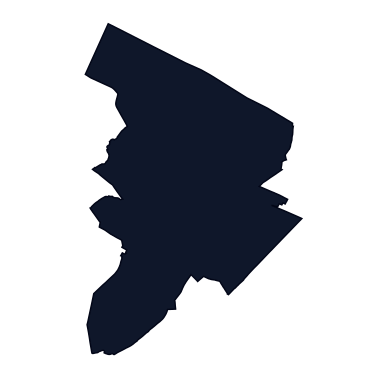 outline of San José Chiapa, Puebla, Mexico, rotated 272°
{"feature_id": "50627088B16531024966983", "entity_name": "San José Chiapa", "entity_type": "district", "adm_level": 2, "iso_a3": "MEX", "parent_name": "Mexico", "parent_adm1": "Puebla", "projection": "robinson", "projection_center": [-97.747, 19.248], "detail": "fine", "context": "isolated", "style": "filled", "palette": "ink", "viewbox_px": 384, "rotation_deg": 272, "n_neighbors": 0, "source": "geoboundaries", "source_scale": "gbopen_adm2", "svg_char_len": 5765}
<svg xmlns="http://www.w3.org/2000/svg" viewBox="0 0 384 384"><g transform="rotate(272 192 192)"><path d="M90.7,232.0L91.1,232.4L92.3,233.5L94.9,235.8L97.0,237.7L97.5,238.4L97.5,238.5L99.9,240.6L100.3,241.1L101.7,242.3L104.1,244.8L105.8,246.5L107.4,247.4L108.1,248.1L109.3,249.1L110.6,250.2L111.7,251.0L118.0,256.5L121.3,259.6L134.5,271.3L137.4,274.0L140.9,277.1L164.8,298.6L169.3,302.7L169.5,302.3L171.8,296.6L173.7,291.8L176.0,286.0L178.1,280.5L181.5,271.8L181.3,272.8L181.3,273.3L181.3,273.7L181.2,273.9L180.8,275.3L180.5,276.1L180.6,278.3L183.3,279.6L182.8,280.9L182.3,282.2L184.3,283.2L183.8,284.4L183.3,285.5L185.8,286.7L185.8,286.8L188.0,287.8L188.4,286.9L188.7,286.3L189.2,285.2L189.7,284.1L190.2,283.2L191.0,281.5L191.6,280.2L191.9,279.6L192.6,277.8L193.1,276.6L193.6,275.2L194.1,274.1L194.7,272.4L195.3,270.8L197.1,266.2L197.8,264.4L198.6,262.4L198.9,261.6L199.9,259.0L202.2,261.1L203.7,262.4L204.4,263.4L205.7,265.3L206.9,266.9L207.9,268.2L209.0,269.6L211.5,273.1L213.3,275.6L213.5,275.8L217.5,281.2L218.1,280.1L221.7,280.6L222.6,280.7L224.3,280.8L224.8,280.3L226.5,282.5L226.7,283.0L227.5,285.2L228.6,284.7L231.9,283.9L232.8,284.1L233.4,284.4L235.6,286.0L237.0,286.8L238.1,287.7L238.8,288.0L239.7,288.3L240.5,288.6L241.0,288.7L243.5,289.0L243.9,289.0L244.1,289.1L244.4,289.3L244.7,289.3L245.3,289.5L245.6,289.6L246.0,289.6L246.3,289.6L246.5,289.7L246.6,289.8L246.9,289.9L247.3,289.9L248.1,290.0L249.1,290.0L250.0,290.0L250.5,290.1L252.0,290.2L252.5,290.5L254.6,290.6L258.0,290.6L260.5,290.8L261.1,290.9L261.0,290.5L261.3,290.0L264.2,290.1L273.9,272.6L276.5,267.9L278.3,264.7L279.7,261.7L287.9,243.7L294.3,232.6L299.0,224.5L303.1,217.4L305.7,212.9L307.4,210.0L309.8,205.7L314.3,197.0L320.9,180.7L335.1,150.0L335.5,149.1L354.1,109.2L357.2,102.4L316.1,85.5L308.5,82.4L306.1,81.4L305.8,81.3L305.0,82.8L304.0,84.4L302.5,87.0L296.3,101.9L294.9,105.3L294.4,106.5L293.7,108.1L292.8,109.5L291.6,110.9L289.5,112.9L288.2,114.1L287.8,114.3L287.5,114.5L287.1,114.5L286.6,114.4L285.9,114.3L284.4,114.0L283.2,113.7L281.5,113.3L279.3,112.9L278.1,112.8L277.4,112.8L276.6,112.9L275.8,113.1L275.2,113.3L274.6,113.6L273.6,114.1L272.0,115.1L266.2,118.6L262.8,120.7L257.7,123.8L255.3,125.1L253.4,122.6L253.2,122.7L252.1,121.4L251.1,120.4L250.4,119.6L244.4,115.5L244.2,115.8L243.9,115.7L243.7,115.4L243.2,115.1L242.6,114.6L242.4,114.2L241.8,113.0L241.7,112.8L241.5,112.7L241.5,112.4L242.0,111.4L242.0,110.8L241.8,110.2L241.4,109.6L240.9,109.1L240.9,108.9L240.7,108.8L240.2,108.7L239.9,108.4L239.7,108.0L239.5,107.8L239.1,107.9L238.7,108.1L238.3,108.1L237.9,108.0L237.7,107.9L237.0,108.0L236.5,107.8L236.0,107.4L235.7,106.8L234.9,105.8L234.1,105.4L233.5,105.6L232.6,106.1L231.5,106.4L231.3,105.8L231.3,105.5L230.9,105.5L229.3,106.0L228.1,106.9L226.9,107.5L225.3,107.9L222.7,107.4L222.2,107.1L221.7,107.0L220.9,106.8L220.3,106.3L219.7,105.6L218.8,104.9L217.9,104.5L217.2,104.0L216.9,103.0L216.9,102.0L216.8,100.9L216.6,100.5L216.1,100.1L216.0,99.4L212.7,94.4L213.0,94.0L212.2,93.1L211.2,91.8L210.2,93.1L209.4,94.3L207.3,97.8L206.5,98.8L205.6,99.8L198.3,109.4L196.3,112.4L194.0,114.0L192.7,115.0L189.7,117.2L189.6,117.3L184.6,121.2L183.4,122.2L182.6,122.9L182.5,123.0L181.9,120.8L182.3,120.1L182.7,119.6L182.9,119.3L183.2,118.8L183.4,118.2L183.5,117.3L183.5,114.9L183.6,114.6L183.8,114.2L183.9,113.9L183.9,113.5L184.0,113.1L184.6,112.9L184.8,112.7L184.8,112.3L184.8,111.7L184.8,111.1L184.7,110.1L184.8,109.6L185.1,109.3L185.1,108.8L184.9,108.6L184.6,108.5L184.4,108.3L184.3,107.8L184.4,107.1L184.5,106.6L184.5,106.0L184.2,105.3L184.1,104.9L183.9,104.7L182.3,102.0L180.5,99.5L179.2,98.1L178.5,97.0L177.6,95.9L176.5,94.7L176.4,94.6L174.8,93.1L174.2,92.5L172.2,91.0L172.2,90.9L171.1,91.6L170.1,92.4L168.4,93.6L167.6,94.3L165.1,96.2L163.8,97.2L158.9,100.9L158.6,101.4L154.0,100.6L153.7,100.6L151.5,105.2L151.0,106.2L147.1,112.2L143.5,119.1L142.5,121.3L141.4,123.4L136.0,124.7L134.3,123.9L131.7,128.9L130.3,128.3L128.8,127.7L128.4,128.4L127.4,127.1L128.7,124.5L125.8,123.0L125.2,124.3L124.4,124.3L124.1,124.2L123.8,124.1L123.5,124.4L119.6,123.3L117.3,122.9L114.4,121.9L111.3,120.5L110.2,119.7L108.9,118.8L107.3,117.6L100.8,111.1L98.8,109.2L95.9,106.1L87.0,97.4L76.4,95.6L58.4,92.4L55.7,91.8L48.5,93.4L42.5,94.6L38.1,95.4L30.9,96.9L28.4,97.4L27.4,97.7L27.2,98.1L27.3,99.2L27.7,100.6L28.2,103.1L28.2,103.3L28.5,103.7L28.9,104.2L29.2,104.5L29.4,105.0L29.6,105.6L30.5,107.6L30.7,108.9L30.5,109.4L29.6,110.2L28.4,109.8L28.2,109.8L27.6,111.3L26.9,113.8L26.8,114.7L26.9,115.8L27.2,116.6L27.6,117.5L27.8,118.3L27.7,118.5L27.0,119.1L26.9,120.0L27.7,121.3L28.7,122.7L29.2,123.5L29.4,123.9L29.7,124.4L29.9,124.8L30.2,125.3L30.5,125.9L31.4,127.5L31.7,128.1L32.4,129.2L32.8,130.0L33.8,131.6L34.2,132.4L34.6,133.2L34.9,133.7L35.2,134.3L35.6,135.0L36.2,136.0L36.6,136.6L38.2,138.7L38.9,139.4L39.7,140.3L40.6,141.5L41.4,142.5L41.7,142.6L42.3,143.0L43.2,144.1L44.0,145.1L45.0,146.3L45.6,147.0L46.4,147.9L49.4,151.0L51.1,153.3L52.5,154.2L56.7,159.1L59.5,162.1L61.3,164.3L64.0,167.0L65.6,168.2L69.0,170.1L71.5,171.1L73.7,171.6L73.8,171.7L73.9,173.1L74.0,174.3L74.1,175.9L74.3,178.2L74.4,179.7L74.5,179.7L77.9,179.2L81.8,178.8L82.0,178.7L82.5,178.3L82.8,178.3L85.1,179.8L87.8,181.8L90.2,183.5L91.8,184.5L94.7,185.6L94.9,185.7L95.2,185.8L95.5,185.8L96.0,186.1L96.9,186.5L98.1,187.0L99.5,187.7L100.3,188.2L101.4,188.8L102.6,189.5L107.0,192.4L109.4,193.9L109.1,194.2L107.7,195.8L106.9,196.6L106.2,197.4L104.5,199.1L104.3,199.4L102.8,200.8L103.7,201.7L108.1,206.5L107.6,207.8L107.4,208.2L106.0,211.5L105.4,213.9L105.3,214.1L105.0,216.7L105.1,217.0L104.5,219.3L104.4,219.8L104.0,221.8L103.8,222.8L102.7,223.6L102.0,224.0L101.3,224.4L100.8,224.8L100.2,225.2L97.9,226.7L96.9,227.5L96.6,227.7L95.2,228.6L93.5,229.8L92.0,230.9L91.4,230.8L90.7,232.0Z" fill="#0f172a" stroke="#020617" stroke-width="1.5"/></g></svg>